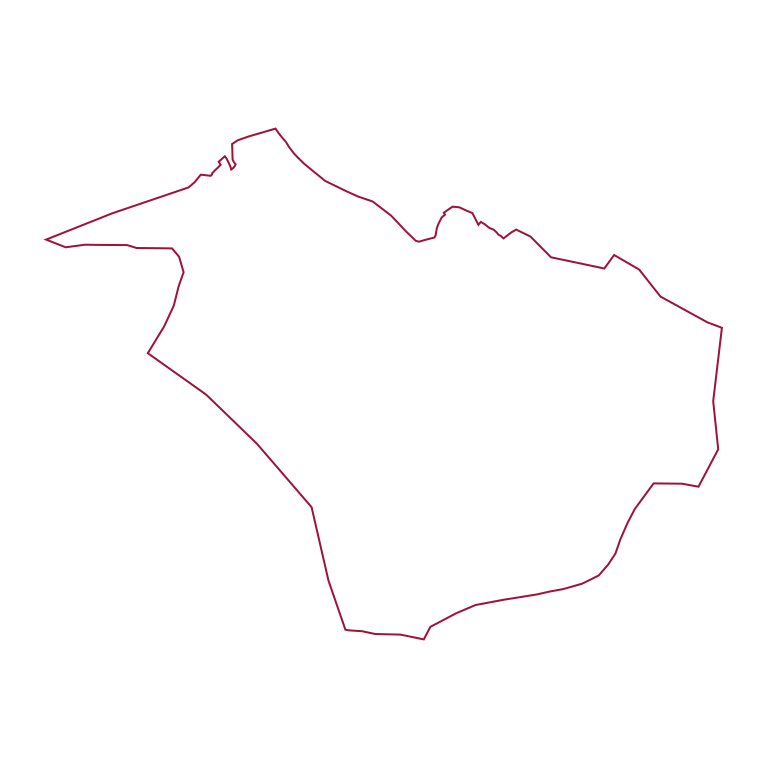 Okene, Kogi, Nigeria (Natural Earth projection)
{"feature_id": "59680162B23991224305955", "entity_name": "Okene", "entity_type": "district", "adm_level": 2, "iso_a3": "NGA", "parent_name": "Nigeria", "parent_adm1": "Kogi", "projection": "natural_earth1", "projection_center": [6.212, 7.522], "detail": "fine", "context": "isolated", "style": "outline", "palette": "rose", "viewbox_px": 768, "rotation_deg": 0, "n_neighbors": 0, "source": "geoboundaries", "source_scale": "gbopen_adm2", "svg_char_len": 1610}
<svg xmlns="http://www.w3.org/2000/svg" viewBox="0 0 768 768"><path d="M275.5,128.6L248.8,136.4L237.9,140.2L232.1,144.0L232.6,159.6L233.9,162.1L235.6,164.4L234.7,166.2L233.0,168.2L231.2,169.5L230.3,166.2L226.6,158.6L224.8,156.3L223.0,157.9L218.7,161.8L220.6,164.8L218.1,167.4L215.5,169.8L212.2,173.2L212.0,174.5L210.7,175.8L200.8,174.7L194.4,182.4L188.6,187.4L112.0,213.4L46.1,239.6L65.7,247.3L84.3,244.8L84.7,244.7L98.9,244.9L113.0,245.0L127.2,245.1L136.6,248.0L157.9,248.2L172.1,248.4L179.1,256.8L183.6,272.2L181.9,277.1L178.7,286.1L173.8,305.6L164.2,326.3L147.8,353.2L206.1,394.6L256.8,443.6L289.2,481.2L304.0,498.4L311.6,507.2L328.5,580.7L345.4,629.7L349.4,630.4L362.0,631.2L375.1,634.0L400.3,634.6L423.8,639.4L430.4,626.8L456.5,613.1L475.5,605.0L503.9,599.7L537.1,594.4L548.9,591.7L563.1,589.1L582.1,583.7L598.7,575.5L608.3,564.4L615.5,553.4L620.3,539.5L627.6,522.8L634.8,509.0L653.6,483.4L682.0,483.7L698.5,486.7L718.2,449.3L713.2,401.2L721.9,327.8L707.3,322.3L660.5,296.6L639.2,269.6L614.1,255.0L604.3,268.5L551.0,257.3L530.4,236.5L516.2,229.6L511.5,232.3L503.5,238.4L502.0,237.1L500.4,235.6L498.5,234.8L496.8,232.6L493.8,229.7L489.4,228.0L484.8,224.3L480.9,221.9L478.4,224.8L472.4,213.1L466.7,210.7L459.3,207.3L452.5,206.7L443.8,212.7L445.0,214.7L441.7,217.4L438.8,223.1L437.8,225.4L436.8,228.5L435.6,235.3L434.5,237.5L429.4,238.8L424.8,240.0L418.9,241.7L415.7,240.8L409.5,234.7L406.4,231.8L391.1,215.6L372.7,201.5L358.5,196.7L346.9,191.5L325.1,180.9L304.2,163.8L297.7,157.4L293.9,153.4L289.0,146.9L285.7,141.6L282.5,138.0L278.6,133.1L275.5,128.6Z" fill="none" stroke="#9f1239" stroke-width="2"/></svg>